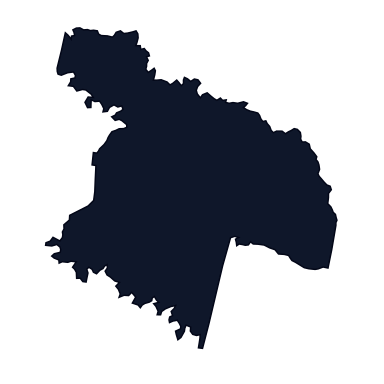 Catanduvas, Paraná, Brazil, rotated 96°
{"feature_id": "56859067B59737068657378", "entity_name": "Catanduvas", "entity_type": "district", "adm_level": 2, "iso_a3": "BRA", "parent_name": "Brazil", "parent_adm1": "Paraná", "projection": "natural_earth1", "projection_center": [-53.163, -25.234], "detail": "fine", "context": "isolated", "style": "filled", "palette": "ink", "viewbox_px": 384, "rotation_deg": 96, "n_neighbors": 0, "source": "geoboundaries", "source_scale": "gbopen_adm2", "svg_char_len": 4001}
<svg xmlns="http://www.w3.org/2000/svg" viewBox="0 0 384 384"><g transform="rotate(96 192 192)"><path d="M234.6,47.0L210.1,45.4L207.4,45.7L204.9,44.9L202.6,45.9L199.3,47.0L197.4,49.5L195.1,50.6L192.2,52.4L189.4,55.8L183.4,55.7L179.1,56.1L175.2,53.7L171.8,55.2L170.9,58.6L168.3,61.7L165.7,64.4L163.1,67.2L160.7,68.7L156.1,67.5L151.8,68.6L148.9,69.9L146.7,72.1L143.9,71.6L140.4,74.8L136.7,78.9L132.2,80.4L130.3,84.4L130.8,87.6L128.1,89.5L125.1,89.5L121.4,90.5L118.7,93.8L118.3,97.0L120.5,99.8L122.0,102.3L124.3,105.2L122.1,108.7L122.6,114.2L124.5,117.3L122.5,119.7L118.7,121.6L116.1,124.4L113.5,126.0L114.5,129.0L112.0,131.2L108.8,132.8L106.6,134.8L105.9,138.9L105.5,142.5L104.4,146.3L102.6,149.7L100.5,147.7L98.0,146.1L96.9,150.2L99.0,155.8L98.8,160.6L99.9,164.3L99.4,168.0L96.8,167.6L97.7,171.1L95.6,173.6L98.2,176.8L97.0,179.6L94.8,183.0L91.8,187.3L94.2,191.7L97.5,193.5L93.9,197.0L90.4,198.4L86.5,197.4L83.0,194.8L79.8,197.8L79.4,201.5L82.2,204.8L79.9,208.3L78.8,211.5L81.5,212.2L85.1,211.8L87.4,213.8L84.6,216.4L82.3,218.9L86.0,222.5L87.8,225.1L85.2,228.3L83.6,234.4L84.5,238.9L84.8,242.1L79.4,241.3L75.2,241.1L72.9,242.6L75.0,244.8L77.6,248.0L74.8,250.8L71.7,250.3L68.9,250.6L65.7,249.3L62.3,251.4L61.1,248.6L58.1,249.8L56.5,252.4L54.3,254.5L55.6,257.8L51.9,258.8L52.3,263.3L49.1,262.4L44.4,261.7L40.4,262.4L37.6,264.5L38.9,267.5L40.7,272.6L41.5,276.4L39.2,280.0L41.1,284.1L44.3,285.6L46.3,287.3L45.6,292.4L45.9,298.7L44.7,301.4L41.6,303.0L41.4,306.8L42.1,309.9L41.4,312.9L42.1,316.7L40.5,320.6L41.1,324.2L43.2,327.4L45.6,326.0L48.7,325.1L49.5,328.1L52.7,328.1L49.0,331.7L46.9,334.6L64.7,336.6L82.9,339.1L86.2,338.6L88.8,337.5L89.5,334.2L86.4,328.2L85.0,322.4L88.2,320.1L90.8,320.3L92.1,324.3L95.2,324.2L99.2,326.1L99.3,321.0L103.6,317.1L101.5,311.7L101.6,308.3L105.3,302.4L108.3,300.1L108.4,305.2L114.0,307.8L119.0,304.7L118.5,301.4L114.4,301.7L110.8,301.9L112.2,298.0L111.3,293.4L114.4,290.8L118.3,288.4L121.6,288.9L120.6,284.6L116.5,282.9L113.5,278.7L115.2,274.6L113.7,270.9L117.0,269.2L119.1,271.4L121.2,275.3L123.6,276.4L125.6,279.7L128.8,275.9L127.3,272.0L128.4,269.1L131.8,264.0L134.5,263.6L136.1,266.6L136.7,271.0L138.7,274.2L140.4,277.9L144.3,280.1L146.8,281.2L149.8,282.0L154.0,284.4L158.7,288.4L161.2,289.3L163.3,290.8L163.1,294.2L175.5,294.2L175.7,290.3L189.7,289.5L201.7,288.7L210.7,288.9L216.8,293.9L228.0,311.2L232.7,311.0L238.0,316.0L242.1,315.4L245.3,316.7L247.9,316.0L250.8,316.1L254.5,318.3L251.6,325.5L255.7,327.9L257.7,331.9L260.3,332.0L260.3,325.8L258.3,320.9L260.6,317.5L263.1,316.5L265.8,316.8L267.8,322.5L270.4,324.8L272.1,322.2L273.5,317.3L276.6,316.7L274.9,313.8L274.9,308.2L273.5,305.1L273.5,299.8L279.3,302.9L281.0,300.7L284.0,298.6L289.9,297.7L289.4,294.2L292.5,291.2L292.6,287.9L288.1,287.5L283.4,287.0L279.8,288.6L277.6,286.7L279.3,283.3L282.1,281.6L283.3,278.4L279.4,275.4L277.4,272.5L274.8,271.2L273.0,268.9L276.4,268.2L279.8,270.1L283.4,267.8L285.1,264.3L288.5,259.6L289.5,254.7L293.6,257.9L296.5,255.0L300.9,252.7L304.3,253.5L301.8,248.8L301.6,244.2L298.1,241.5L302.4,237.0L308.7,239.7L310.0,233.8L312.5,231.3L309.6,229.7L307.7,227.2L306.0,223.0L304.3,220.7L301.6,220.5L299.8,218.5L303.1,216.1L305.2,213.5L307.1,218.4L309.5,215.9L314.1,213.2L317.7,213.8L317.4,210.4L314.0,209.7L311.0,206.3L308.1,201.0L306.6,196.4L309.8,197.6L313.0,200.2L317.0,198.4L318.6,201.1L321.6,201.5L324.2,200.7L322.3,197.4L321.1,193.2L323.9,190.9L326.8,189.1L329.3,189.1L332.1,193.8L335.4,192.7L340.4,190.6L337.8,187.8L331.3,185.0L328.2,184.9L325.0,184.0L326.4,179.2L330.5,179.1L333.5,176.4L334.2,172.5L333.0,169.0L336.5,168.8L341.0,169.0L346.3,169.3L346.4,165.2L321.0,161.4L262.0,153.8L233.4,148.9L231.6,144.8L232.4,140.9L234.4,143.8L237.3,142.7L240.7,141.9L238.8,139.7L239.0,136.3L239.4,133.4L238.7,130.4L235.4,128.6L237.3,125.7L237.0,121.1L237.2,114.7L239.4,109.0L240.7,103.4L244.6,99.5L244.4,93.7L245.0,89.3L247.7,87.2L249.7,85.4L251.1,81.7L255.5,72.5L256.1,67.9L256.1,61.5L255.3,58.6L252.9,53.8L253.4,48.8L234.6,47.0Z" fill="#0f172a" stroke="#020617" stroke-width="1.5"/></g></svg>